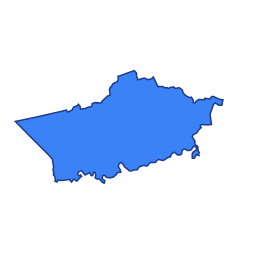 outline of Las Marías, Puerto Rico, rotated 153°
{"feature_id": "32010507B72195961791628", "entity_name": "Las Marías", "entity_type": "district", "adm_level": 2, "iso_a3": "PRI", "parent_name": "Puerto Rico", "parent_adm1": "", "projection": "mercator", "projection_center": [-66.994, 18.239], "detail": "fine", "context": "isolated", "style": "filled", "palette": "blue", "viewbox_px": 256, "rotation_deg": 153, "n_neighbors": 0, "source": "geoboundaries", "source_scale": "gbopen_adm2", "svg_char_len": 2315}
<svg xmlns="http://www.w3.org/2000/svg" viewBox="0 0 256 256"><g transform="rotate(153 128 128)"><path d="M77.2,71.3L76.8,73.0L75.7,73.6L75.9,75.9L74.2,80.1L75.5,82.3L75.4,84.4L74.3,85.8L74.8,91.0L72.9,92.4L69.3,92.4L65.5,94.5L62.6,95.1L62.8,96.9L62.2,97.7L60.6,97.5L55.2,94.4L52.0,93.2L48.8,102.7L48.4,103.2L46.0,105.5L40.9,110.4L38.8,110.5L36.7,107.0L33.9,105.7L30.6,110.1L31.1,110.2L33.9,112.6L37.5,117.2L38.9,118.0L42.1,116.8L46.0,119.6L47.1,118.5L52.0,121.3L54.9,121.0L56.7,119.9L58.2,120.7L57.2,123.7L57.5,126.7L59.3,127.1L61.4,129.9L63.0,134.0L62.3,137.2L64.1,140.7L67.7,141.6L68.7,143.9L70.9,144.7L74.2,145.0L74.9,146.3L77.1,147.2L78.2,149.2L79.4,149.6L80.9,150.7L82.5,151.1L82.3,162.0L84.6,161.2L88.0,161.8L90.8,165.1L97.4,166.5L96.7,170.5L95.5,173.2L96.4,176.3L113.4,178.5L114.6,175.9L116.7,174.0L119.1,174.4L121.9,174.1L123.6,172.6L125.1,172.5L127.0,170.8L129.1,165.2L131.5,165.8L139.0,163.7L139.5,162.8L141.2,162.6L144.1,164.8L144.7,164.4L145.5,165.6L148.9,166.0L150.1,163.9L152.3,163.9L153.4,164.5L157.8,164.9L161.8,166.5L160.8,169.1L161.5,171.7L162.9,170.9L167.1,171.3L169.4,169.5L171.9,169.4L174.7,169.7L174.7,172.0L178.6,172.8L207.5,180.1L225.4,185.0L218.2,162.2L210.9,139.8L209.6,134.5L211.0,130.2L211.9,127.2L213.8,124.8L214.4,121.9L215.8,120.1L215.2,118.3L216.1,115.0L217.2,113.6L215.6,112.1L214.2,113.3L209.8,110.8L204.1,109.0L203.2,108.4L203.4,106.9L202.8,105.4L199.4,107.2L198.0,104.1L197.1,104.0L194.2,105.2L191.2,106.0L191.7,107.8L193.7,107.8L194.0,109.5L192.7,110.8L190.8,111.4L188.9,111.4L187.8,105.9L187.0,105.5L182.6,105.8L182.4,102.4L181.2,101.6L178.8,104.1L177.5,103.5L178.1,100.7L179.9,98.5L179.1,97.0L176.6,95.2L175.6,91.4L174.3,89.6L172.5,91.6L174.1,94.7L172.2,96.9L170.6,96.9L169.5,93.7L166.4,91.6L163.2,90.9L159.1,92.0L158.2,93.1L154.4,91.9L153.9,95.0L154.2,97.8L152.1,100.4L149.8,100.4L148.7,97.2L148.7,94.8L146.0,88.9L143.7,88.1L141.5,87.9L138.9,86.6L135.4,88.2L131.3,87.7L128.6,85.6L127.0,85.7L125.1,87.0L123.5,86.9L119.3,84.9L115.5,86.4L111.4,83.1L110.1,83.1L105.1,83.6L103.6,82.9L100.7,85.2L97.9,85.5L96.6,83.0L96.2,81.6L93.8,80.3L92.1,80.5L89.9,83.5L88.3,83.8L86.6,83.3L85.4,81.0L82.7,79.8L81.4,80.1L78.2,81.7L77.0,81.6L75.8,79.2L76.5,78.4L77.1,77.5L81.1,76.9L82.6,75.8L84.4,71.9L82.6,71.0L79.1,73.2L77.2,71.3Z" fill="#3b82f6" stroke="#1e3a8a" stroke-width="1.5"/></g></svg>